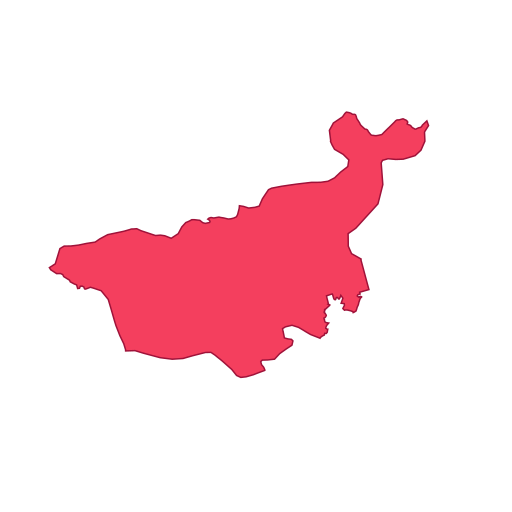 the district of Bani Matar, Sana'a, Yemen, rotated 74°
{"feature_id": "15242507B86732634383782", "entity_name": "Bani Matar", "entity_type": "district", "adm_level": 2, "iso_a3": "YEM", "parent_name": "Yemen", "parent_adm1": "Sana'a", "projection": "robinson", "projection_center": [44.032, 15.215], "detail": "fine", "context": "isolated", "style": "filled", "palette": "rose", "viewbox_px": 512, "rotation_deg": 74, "n_neighbors": 0, "source": "geoboundaries", "source_scale": "gbopen_adm2", "svg_char_len": 5851}
<svg xmlns="http://www.w3.org/2000/svg" viewBox="0 0 512 512"><g transform="rotate(74 256 256)"><path d="M337.2,178.2L337.0,176.9L336.9,176.7L336.5,175.1L334.7,173.8L333.3,173.0L331.1,171.1L329.8,170.4L328.4,169.6L327.7,169.0L326.5,168.3L325.7,167.5L325.5,167.4L325.4,167.3L325.0,166.6L324.7,166.0L324.6,165.8L324.4,165.7L324.2,165.8L324.1,166.0L324.3,166.5L324.5,166.8L324.5,167.1L324.4,167.2L323.9,167.7L323.8,167.8L323.7,167.8L323.6,167.7L323.6,168.1L323.9,168.4L324.0,168.5L323.9,168.6L322.7,169.6L322.3,169.7L321.3,168.8L321.2,167.8L321.2,166.6L321.2,166.4L319.4,166.4L319.4,156.7L312.1,156.6L288.7,156.2L287.9,155.8L287.4,156.3L283.6,160.0L280.1,163.5L272.0,164.6L268.4,163.6L265.1,162.7L259.9,161.3L256.8,152.4L239.5,124.4L235.9,122.3L235.6,122.1L222.3,114.4L201.0,110.0L199.5,108.6L198.9,108.0L198.9,102.3L201.7,95.0L203.5,87.8L203.5,85.4L203.4,75.4L200.9,70.5L199.8,68.3L199.7,68.2L192.2,62.0L190.2,61.5L185.6,60.4L183.8,60.0L183.0,59.6L178.2,54.2L173.2,54.5L175.8,59.5L176.2,60.2L176.9,60.7L177.1,61.3L177.5,61.7L177.7,62.2L177.7,63.1L177.6,63.8L177.6,64.5L177.7,65.3L177.8,66.0L178.0,66.8L178.0,67.4L177.9,68.1L177.5,68.5L177.1,68.9L176.7,69.2L176.2,69.8L175.7,70.2L175.2,70.6L174.5,70.9L173.4,71.3L172.6,72.0L171.6,73.5L170.9,74.3L170.4,74.1L169.1,73.2L168.6,73.4L168.0,73.5L167.5,73.8L166.9,74.2L166.5,74.6L166.2,75.0L165.9,75.5L165.3,76.0L164.8,76.6L164.6,77.3L164.6,77.9L164.6,78.5L164.6,79.2L164.6,80.0L164.6,80.6L164.5,81.3L164.3,82.0L164.1,82.9L164.2,83.5L164.4,84.1L164.6,84.7L165.0,85.2L165.3,85.7L169.5,93.4L169.5,93.5L172.2,98.5L173.8,101.3L173.9,101.5L173.9,102.1L173.9,102.7L173.8,103.3L173.8,103.9L173.7,105.4L173.6,106.0L173.5,106.7L173.5,107.3L173.3,107.9L173.0,108.6L172.8,109.2L172.5,109.7L172.2,110.5L172.0,111.1L171.6,111.7L171.2,112.1L170.7,112.3L170.1,112.6L169.6,112.8L169.0,113.1L168.5,113.2L168.0,113.5L167.4,113.7L166.8,113.8L166.3,113.9L165.8,114.1L165.3,114.3L164.9,114.7L164.5,115.2L164.3,115.8L164.0,116.3L163.5,116.6L163.0,116.9L162.6,117.2L162.0,117.5L161.9,117.6L160.9,118.2L160.4,118.5L159.7,118.9L159.2,119.2L158.5,119.4L158.0,119.6L157.5,119.6L156.9,119.7L156.4,119.8L155.8,120.0L155.1,120.2L154.5,120.4L154.0,120.5L153.5,120.7L152.8,120.9L152.3,121.1L151.7,121.2L151.1,121.3L150.5,121.2L149.4,121.2L148.7,121.3L148.1,121.3L147.6,121.5L147.1,122.0L146.8,122.7L146.7,123.3L146.3,124.3L145.9,124.6L145.2,125.2L144.8,125.6L144.3,126.3L143.9,126.9L143.6,127.4L143.4,127.9L143.3,128.1L143.0,128.6L142.6,129.5L143.5,131.3L146.1,134.5L149.5,145.0L150.9,146.3L155.4,150.8L165.6,152.4L166.4,152.8L166.5,152.8L170.5,152.2L175.1,151.1L182.2,144.3L182.3,144.2L189.2,140.3L195.3,143.1L198.4,150.9L198.6,151.4L201.5,157.0L202.5,158.8L204.0,166.1L203.0,173.4L202.4,175.6L202.1,176.8L200.5,182.4L199.8,186.6L198.1,197.0L197.2,203.3L196.1,211.6L196.0,212.4L195.1,222.3L195.7,225.7L199.8,230.6L202.8,234.1L208.0,238.4L208.9,239.1L208.9,243.6L208.4,246.6L207.9,249.8L205.7,253.1L204.9,254.3L203.1,258.1L205.5,259.0L211.0,262.2L212.9,264.0L213.0,264.5L213.4,266.9L213.3,270.0L212.8,272.5L210.6,276.4L209.2,279.4L208.4,280.9L208.2,282.5L207.9,285.5L207.8,286.2L206.6,288.6L206.6,290.7L207.3,292.2L208.5,291.1L209.6,290.7L210.3,290.7L211.0,291.4L210.8,294.0L210.7,295.2L210.7,295.7L209.3,298.0L206.2,300.2L204.5,304.3L204.0,305.5L203.4,307.8L203.7,309.0L204.0,310.3L204.3,312.4L204.5,314.3L207.6,319.3L213.1,324.6L213.2,324.9L215.6,332.6L211.4,338.1L209.6,342.1L208.6,347.0L199.9,359.7L196.9,363.1L196.3,366.0L195.7,368.4L195.8,370.3L195.8,375.8L195.6,379.1L194.6,392.7L196.5,401.4L197.4,404.1L198.3,406.8L197.2,415.5L196.6,423.6L195.4,431.0L193.7,437.4L193.6,437.7L194.8,442.4L208.2,451.1L210.2,457.8L212.7,457.1L218.0,452.5L219.0,448.7L220.6,446.9L222.8,446.5L227.9,441.9L229.6,441.7L232.8,438.4L234.3,436.4L238.1,436.4L238.4,434.6L236.6,433.2L237.1,431.3L238.4,430.0L240.1,429.9L240.7,429.5L240.8,428.7L240.7,427.0L240.4,423.8L242.1,421.1L246.7,414.4L257.0,410.0L267.3,409.9L274.5,409.9L279.7,409.9L284.3,409.8L295.0,408.8L303.9,407.3L310.1,407.2L311.3,407.5L313.6,398.4L318.4,391.0L327.3,376.2L332.1,365.0L334.4,354.4L334.4,346.4L334.4,344.4L334.8,331.2L336.2,325.9L340.0,322.7L342.5,321.0L345.0,319.2L347.6,317.4L350.6,315.5L358.5,310.5L365.5,307.6L368.5,304.1L369.4,298.8L369.4,291.9L369.4,291.3L369.0,287.2L368.4,279.2L368.2,278.9L365.5,279.2L364.7,279.4L362.1,280.6L358.9,280.6L358.3,279.6L357.8,278.7L359.1,273.6L360.3,266.6L356.4,260.2L355.9,258.8L353.6,252.3L351.6,246.0L347.8,243.9L345.9,244.9L344.5,248.1L342.6,251.3L341.5,251.2L340.6,251.1L336.9,250.8L336.0,250.7L335.9,250.8L333.1,250.5L332.2,247.2L332.5,240.5L336.3,234.8L340.2,231.1L341.5,229.9L342.0,229.5L346.5,225.2L352.7,217.1L352.1,216.7L351.7,215.5L351.2,214.3L350.8,212.1L349.3,211.3L349.8,209.8L348.9,208.5L348.4,208.3L346.2,207.2L346.1,207.7L345.3,208.3L344.7,208.9L344.1,208.7L342.3,207.3L340.5,204.6L339.3,207.0L338.3,207.9L336.8,207.9L336.1,207.7L335.6,207.9L335.2,207.9L334.4,207.8L334.3,207.1L334.2,206.6L333.8,206.0L333.7,205.9L333.1,205.3L332.9,205.1L332.4,204.8L331.3,205.0L330.4,205.4L330.0,205.3L329.5,205.9L328.6,206.0L328.5,205.9L328.3,205.6L328.1,205.3L327.5,205.2L327.2,205.1L327.1,204.9L327.0,205.0L326.7,205.0L326.3,204.7L326.2,204.4L326.3,203.9L325.7,202.7L324.3,199.9L323.8,198.8L323.4,198.5L323.0,198.9L322.9,199.0L322.6,199.6L322.4,199.8L322.4,199.7L320.3,199.5L316.0,199.4L313.7,199.2L313.6,196.1L313.5,194.5L313.5,193.4L313.6,193.1L314.4,193.0L316.2,193.0L317.1,193.0L317.7,193.0L318.7,192.9L319.3,192.7L319.9,192.0L319.8,191.5L319.3,191.1L318.4,190.5L318.1,190.1L318.1,189.8L318.1,189.6L318.2,189.4L318.6,189.0L319.1,188.8L319.7,188.6L320.0,188.4L320.3,188.1L319.4,186.9L318.5,186.3L318.0,185.8L317.8,185.7L317.2,185.3L320.5,184.1L324.9,187.2L326.1,184.3L327.8,184.6L330.4,187.0L330.5,187.0L332.5,185.9L332.5,185.1L333.1,183.1L334.8,180.1L336.2,178.2L337.2,178.2Z" fill="#f43f5e" stroke="#9f1239" stroke-width="1.5"/></g></svg>